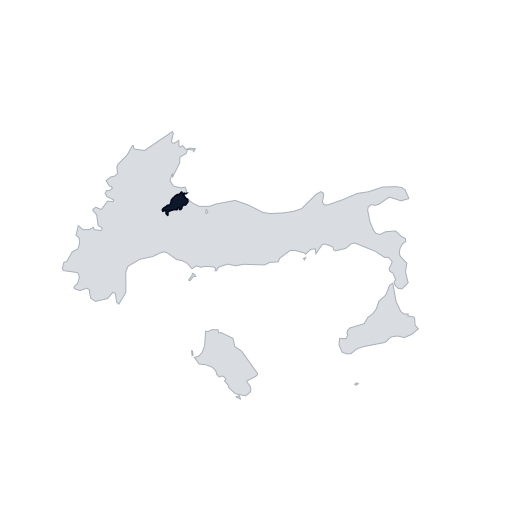 Italy, with Ferrara highlighted, rotated 316°
{"feature_id": "ITA-5363", "entity_name": "Ferrara", "entity_type": "Province", "adm_level": 1, "iso_a3": "ITA", "parent_name": "Italy", "parent_adm1": "", "projection": "robinson", "projection_center": [11.889, 44.768], "detail": "fine", "context": "in_parent", "style": "filled", "palette": "ink", "viewbox_px": 512, "rotation_deg": 316, "n_neighbors": 0, "source": "natural_earth", "source_scale": "10m", "svg_char_len": 5644}
<svg xmlns="http://www.w3.org/2000/svg" viewBox="0 0 512 512"><g transform="rotate(316 256 256)"><path d="M113.4,127.1L116.1,128.5L126.6,125.4L132.8,127.2L138.1,124.2L141.5,119.7L140.8,116.2L149.2,110.7L150.0,117.0L154.5,121.3L159.0,122.3L157.9,124.8L162.3,130.1L164.1,129.6L164.7,128.6L163.6,124.3L170.0,115.7L170.3,109.8L171.4,109.2L174.6,109.6L177.0,115.1L187.4,113.4L190.9,117.6L192.6,116.8L190.0,109.6L191.2,105.9L194.0,105.2L195.9,107.0L199.9,107.5L200.1,105.3L199.1,103.9L200.5,97.6L206.4,98.2L209.9,100.4L214.1,100.4L217.6,95.4L220.4,94.1L233.8,93.8L243.7,90.8L244.5,91.4L242.7,93.8L243.3,95.4L249.2,102.7L282.3,108.4L281.8,110.2L274.8,114.8L274.2,116.5L275.3,118.1L280.7,119.2L277.0,123.5L277.1,125.1L279.9,125.4L279.5,130.6L283.0,132.2L287.0,136.8L283.1,137.7L284.7,136.4L280.7,131.9L276.6,133.8L270.0,131.9L265.6,136.1L250.4,141.4L253.0,139.0L251.9,139.0L246.4,142.1L245.2,148.5L249.4,154.9L252.8,157.1L251.3,161.0L249.2,162.5L246.6,161.4L245.8,164.9L247.2,174.2L249.6,180.8L257.2,188.1L262.7,190.4L279.6,201.5L285.9,214.0L291.3,229.6L295.8,235.4L305.2,243.7L313.7,249.8L321.6,253.6L342.2,253.4L347.4,254.8L348.1,257.4L347.1,259.2L341.0,263.5L340.8,267.0L343.7,269.4L357.9,275.9L372.3,281.3L382.1,288.3L394.8,294.2L404.8,303.3L408.4,308.0L409.2,311.7L407.0,318.2L405.7,320.8L398.7,317.1L392.8,306.2L380.5,304.2L376.9,302.4L374.7,299.1L370.9,298.7L368.2,300.5L361.7,310.7L358.2,319.6L358.0,323.2L360.1,326.6L366.1,328.6L373.8,334.9L374.2,342.7L375.6,347.2L373.7,349.7L369.8,349.0L364.7,350.7L361.1,353.5L359.6,356.3L359.4,366.1L352.6,371.2L346.8,381.0L338.0,381.1L335.8,378.1L335.7,373.5L337.2,370.8L340.4,369.5L342.5,363.7L341.7,359.5L343.0,357.6L350.0,354.8L350.3,349.0L347.5,346.4L345.2,335.8L336.2,315.4L333.3,313.4L325.7,312.8L316.7,307.5L316.1,305.2L317.5,303.1L316.5,300.1L313.6,295.0L311.6,293.8L300.6,296.0L303.7,291.9L299.7,289.2L292.8,289.2L292.9,287.4L287.9,279.1L284.6,275.8L271.9,274.1L267.8,275.5L261.6,270.3L255.9,268.3L241.4,253.4L234.5,248.9L230.1,242.3L221.3,238.0L217.3,239.1L216.3,238.2L218.4,237.0L218.0,234.5L212.1,228.0L208.6,225.9L206.2,221.7L201.2,220.7L201.4,213.2L199.6,207.9L196.4,203.4L194.5,192.6L193.1,189.6L189.5,187.3L181.4,184.7L170.2,177.7L156.9,174.5L151.4,176.9L137.1,191.8L123.9,195.3L123.7,192.2L128.8,185.3L127.9,182.7L119.7,183.5L109.1,177.2L107.8,171.7L110.9,166.4L112.7,165.1L111.9,161.6L105.4,158.6L102.9,154.0L102.8,152.4L104.5,151.6L108.3,151.9L114.3,148.6L116.2,144.1L107.5,132.9L107.9,130.5L113.4,127.1ZM251.9,191.0L252.4,188.2L249.6,190.0L250.4,191.3L251.9,191.0ZM335.5,370.6L325.1,386.1L321.6,396.5L322.2,400.5L325.2,403.4L323.7,404.5L327.0,409.5L327.0,410.8L322.3,416.4L322.3,421.2L313.3,420.5L306.0,417.7L302.4,412.1L299.5,409.7L296.4,407.9L290.1,408.0L287.3,406.9L270.5,395.9L264.0,392.9L256.5,392.2L253.5,389.8L251.1,384.9L254.0,377.5L258.9,373.3L263.4,378.1L267.3,376.5L267.5,375.0L270.2,373.1L273.6,373.0L286.8,379.8L293.7,377.9L300.0,378.6L305.7,377.7L313.2,373.8L321.9,374.3L331.9,369.8L335.5,370.6ZM177.8,287.0L182.2,299.2L177.9,306.5L179.5,314.5L175.5,341.8L173.5,342.6L162.2,339.5L161.3,345.7L159.8,348.3L157.5,349.9L151.4,349.5L145.4,340.5L145.0,331.7L146.3,329.1L146.5,324.0L148.9,323.7L149.1,320.2L147.8,318.4L145.5,317.7L145.5,313.9L147.2,310.9L147.3,305.8L144.3,299.2L140.1,294.3L141.2,286.0L144.8,288.2L150.2,288.0L156.7,284.9L167.5,275.1L168.9,276.9L173.3,278.5L177.4,282.7L175.8,285.4L177.8,287.0ZM198.1,224.2L199.1,226.2L198.7,228.8L196.6,227.3L191.3,227.9L190.8,226.5L197.2,225.3L198.1,224.2ZM147.0,345.0L145.4,348.1L143.8,344.0L144.0,343.4L147.0,345.0ZM144.4,280.0L142.0,283.5L140.7,283.4L143.8,279.4L144.4,280.0ZM240.9,419.0L238.0,418.3L237.9,416.7L240.2,417.0L240.9,419.0ZM290.7,291.6L288.2,292.5L288.3,290.8L290.7,291.6Z" fill="#d9dde1" stroke="#a8b0b8" stroke-width="1"/><path d="M249.5,162.7L249.0,162.7L248.6,162.3L248.3,162.0L247.6,161.4L247.2,161.1L246.9,161.1L246.2,161.6L246.2,161.8L246.6,161.8L245.9,164.0L245.7,165.3L245.9,166.6L246.2,167.7L246.3,167.9L245.7,168.5L245.4,168.9L245.2,169.3L244.7,169.7L244.0,170.0L242.7,170.1L241.8,170.2L241.2,170.4L240.9,170.4L240.5,170.3L240.2,170.1L239.6,168.9L239.4,168.8L239.1,168.9L236.4,169.5L236.1,169.7L235.9,170.0L235.7,170.2L235.1,170.1L234.1,170.3L233.4,169.7L233.3,169.4L233.5,169.2L234.0,168.8L234.2,168.2L234.1,167.7L233.6,167.3L233.1,167.2L232.7,167.3L232.0,167.8L231.6,167.9L231.1,167.7L229.4,165.8L225.9,164.0L224.5,163.6L223.5,163.2L223.0,163.4L221.3,165.3L221.0,165.4L220.7,165.4L220.6,164.8L220.8,164.4L220.9,164.1L220.8,163.8L220.7,163.7L220.6,163.3L220.7,163.0L221.4,162.4L221.8,161.8L222.0,161.6L222.2,161.4L222.5,161.4L222.8,161.4L223.1,161.3L223.4,161.1L222.5,160.3L220.3,159.3L220.0,159.1L220.3,158.6L220.5,157.8L221.0,157.9L221.3,157.8L221.4,157.6L221.5,157.5L221.6,157.4L223.4,157.4L224.7,157.7L225.0,158.1L225.4,158.1L226.4,157.9L227.0,157.9L227.3,158.0L228.1,158.4L229.4,159.3L229.8,159.4L230.3,159.3L230.6,159.1L231.2,158.6L232.3,158.3L232.7,158.1L232.8,157.7L233.0,157.5L233.2,157.3L233.5,157.3L233.9,157.3L234.0,157.2L234.2,156.9L234.3,156.8L234.9,156.8L236.1,156.6L236.8,156.7L237.2,156.7L237.5,156.8L238.6,156.6L238.9,156.6L239.1,156.6L241.7,157.0L242.1,157.2L242.4,157.4L242.5,157.5L242.6,157.9L242.7,158.0L242.9,158.1L243.2,158.2L243.4,158.2L243.6,158.2L243.8,158.1L244.3,158.3L245.1,158.5L245.3,158.5L245.4,158.4L245.5,158.3L246.4,158.1L246.6,158.1L246.8,158.2L246.9,158.3L247.0,158.4L247.0,158.5L246.9,158.6L246.8,158.8L246.7,158.9L246.7,159.0L246.7,159.3L246.8,159.6L246.8,160.0L246.9,160.3L247.0,160.5L247.8,160.8L248.0,160.9L248.1,161.0L248.2,161.3L248.2,161.6L248.3,161.8L248.7,162.2L249.5,162.7L249.5,162.7Z" fill="#0f172a" stroke="#020617" stroke-width="1.5"/></g></svg>